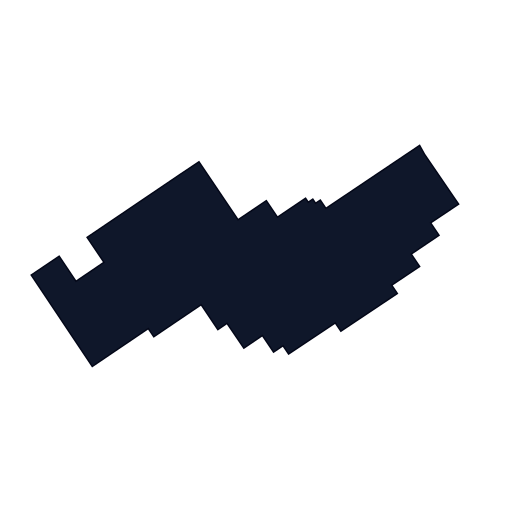 outline of Prairie, Montana, United States of America, rotated 326°
{"feature_id": "52423323B29603956786477", "entity_name": "Prairie", "entity_type": "district", "adm_level": 2, "iso_a3": "USA", "parent_name": "United States of America", "parent_adm1": "Montana", "projection": "equal_earth", "projection_center": [-105.314, 46.861], "detail": "fine", "context": "isolated", "style": "filled", "palette": "ink", "viewbox_px": 512, "rotation_deg": 326, "n_neighbors": 0, "source": "geoboundaries", "source_scale": "gbopen_adm2", "svg_char_len": 646}
<svg xmlns="http://www.w3.org/2000/svg" viewBox="0 0 512 512"><g transform="rotate(326 256 256)"><path d="M58.5,256.0L126.1,255.9L126.1,265.8L183.3,265.7L183.2,295.7L194.3,295.6L194.4,325.6L216.8,325.5L216.8,345.5L228.2,345.5L228.2,355.5L284.3,355.8L284.3,365.8L352.2,366.1L352.2,356.1L385.8,356.2L385.8,341.2L419.3,341.2L419.3,326.2L453.0,326.3L452.9,316.3L452.6,265.8L453.5,255.8L340.6,255.6L340.6,245.6L334.9,245.6L334.9,240.6L329.4,240.6L329.4,235.8L295.5,235.8L295.5,215.9L261.4,215.9L261.4,146.0L239.8,145.9L126.4,146.1L126.4,176.2L92.6,176.3L92.7,146.1L59.0,146.1L58.5,256.0Z" fill="#0f172a" stroke="#020617" stroke-width="1.5"/></g></svg>